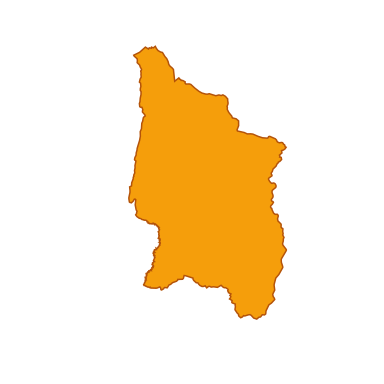 the district of Bo Thong, Chon Buri, Thailand, rotated 46°
{"feature_id": "78962969B86980308454796", "entity_name": "Bo Thong", "entity_type": "district", "adm_level": 2, "iso_a3": "THA", "parent_name": "Thailand", "parent_adm1": "Chon Buri", "projection": "mercator", "projection_center": [101.509, 13.23], "detail": "fine", "context": "isolated", "style": "filled", "palette": "amber", "viewbox_px": 384, "rotation_deg": 46, "n_neighbors": 0, "source": "geoboundaries", "source_scale": "gbopen_adm2", "svg_char_len": 6064}
<svg xmlns="http://www.w3.org/2000/svg" viewBox="0 0 384 384"><g transform="rotate(46 192 192)"><path d="M84.4,158.9L86.5,161.0L88.6,164.1L90.9,166.7L91.8,168.4L94.3,170.3L95.1,170.2L96.3,169.2L98.8,170.3L99.2,171.3L100.1,172.1L103.6,172.3L104.8,172.8L104.6,174.4L104.8,175.5L106.8,178.3L107.7,180.4L111.4,184.4L112.6,187.3L116.0,190.4L118.5,193.9L122.5,201.1L123.7,202.5L125.0,204.8L126.7,206.7L127.5,209.0L128.6,210.7L129.2,211.0L130.7,210.8L130.9,211.0L133.4,214.7L135.1,216.2L136.6,218.4L138.5,219.9L139.4,222.2L140.4,223.0L140.5,223.9L141.7,225.2L143.5,229.0L145.6,231.3L145.0,233.3L147.9,235.6L149.2,236.9L152.1,241.2L153.1,242.2L155.7,244.0L156.4,243.9L157.7,243.1L157.7,240.5L157.1,238.5L157.5,237.9L158.5,237.8L161.8,241.8L166.1,244.6L167.7,244.9L168.1,245.8L169.0,246.9L169.3,248.4L171.4,248.7L174.2,248.2L175.7,247.3L177.1,247.1L178.4,246.1L178.9,246.1L180.0,245.0L181.0,244.5L181.8,244.8L182.2,244.6L182.4,245.0L183.2,244.7L183.5,244.9L183.5,244.6L184.4,244.8L184.6,244.5L185.0,244.7L185.8,244.2L186.1,243.6L187.0,243.1L187.0,242.4L187.6,242.4L187.7,241.4L188.7,241.1L188.7,241.6L189.5,241.7L189.7,240.6L190.4,240.8L190.5,240.5L191.5,240.4L191.5,240.6L191.9,240.7L192.7,240.5L192.6,240.8L192.9,240.9L193.4,240.2L193.7,240.2L193.9,240.6L195.0,240.5L194.9,241.1L195.4,241.6L196.6,241.6L197.1,242.9L197.1,243.9L198.7,244.4L199.7,245.7L200.5,245.7L200.9,246.2L200.8,246.5L201.5,247.3L201.6,247.8L202.1,247.8L202.1,248.4L203.8,247.7L204.0,248.2L203.6,248.0L203.7,248.5L204.1,248.4L204.2,248.9L204.6,248.7L204.8,249.5L205.2,250.0L206.0,249.9L206.2,250.1L206.0,250.4L206.6,250.2L206.9,250.5L206.9,251.6L207.8,251.8L208.0,252.1L207.7,252.8L208.0,253.2L207.9,254.2L208.3,254.5L208.2,255.3L208.4,255.5L208.4,256.5L207.8,256.7L208.1,256.8L208.0,257.1L208.3,257.3L208.0,257.4L208.0,257.7L208.5,257.8L208.5,258.1L207.6,258.9L207.6,259.7L208.4,260.1L208.4,261.1L209.6,260.9L208.9,261.9L209.4,262.1L209.3,262.5L209.6,262.5L210.1,262.9L211.7,262.9L211.6,263.3L211.3,263.2L211.2,263.6L211.7,263.6L212.8,264.3L213.2,264.0L214.6,267.4L216.0,267.4L215.6,268.1L215.7,269.2L216.0,269.5L215.7,269.7L216.1,270.2L216.3,270.9L216.7,270.8L216.9,271.1L217.5,270.8L217.9,271.1L218.2,270.9L218.7,271.3L218.4,272.1L219.3,272.5L218.7,273.2L218.6,273.6L219.8,274.5L219.7,275.1L219.2,275.4L219.2,275.9L220.1,276.0L219.6,276.5L219.2,276.3L219.3,277.4L218.7,277.8L219.1,278.5L219.6,278.8L218.8,279.4L219.3,280.1L218.8,281.4L219.1,281.4L219.3,281.8L219.7,281.6L219.8,282.1L220.4,282.1L220.7,282.6L220.5,283.0L221.4,283.8L221.0,284.6L221.4,284.5L221.5,285.0L221.9,284.6L221.7,285.0L222.4,285.1L222.5,285.6L223.5,286.0L222.9,287.0L224.0,287.6L224.0,288.4L224.4,288.9L224.4,289.5L224.9,290.0L224.9,291.0L225.2,291.3L226.1,291.4L226.6,290.8L227.9,290.6L228.3,290.2L229.3,290.1L230.2,289.3L231.1,289.0L231.4,288.3L231.9,288.6L232.6,288.2L236.3,284.6L236.9,283.7L237.9,281.1L239.1,281.2L240.7,282.2L241.4,281.9L241.9,279.7L241.6,278.5L241.7,278.0L243.7,276.4L242.9,272.9L243.6,271.7L243.7,269.0L245.4,265.2L245.5,263.6L245.0,263.0L248.2,259.4L248.1,258.1L246.6,255.7L247.9,254.7L254.6,251.1L255.6,251.9L256.9,252.2L260.2,252.0L261.4,250.9L262.9,251.2L264.8,251.2L267.0,250.4L268.1,249.1L268.6,247.7L271.2,248.0L271.4,245.9L271.6,245.4L272.4,244.7L273.7,244.3L275.2,242.3L278.3,239.9L279.3,235.9L282.3,235.7L283.2,235.3L284.2,234.3L286.4,233.7L287.3,233.8L287.9,235.0L289.3,235.3L289.7,235.7L292.4,234.8L292.7,236.6L294.0,236.5L294.8,237.9L295.0,239.3L297.9,238.6L299.0,240.0L299.7,240.1L302.7,238.7L303.4,239.6L304.7,240.5L306.2,242.5L306.7,242.9L310.6,243.6L312.3,243.5L313.1,244.2L313.9,244.5L316.3,244.3L316.9,242.5L316.8,240.7L317.8,240.2L319.5,236.8L320.6,235.4L322.0,235.1L325.5,235.2L328.4,233.7L328.6,230.8L329.5,229.5L329.1,226.7L330.8,225.2L330.9,223.7L328.9,221.3L326.6,215.1L327.1,212.0L326.8,207.2L325.7,206.6L323.6,206.2L321.9,205.2L321.4,204.4L320.0,200.6L316.2,197.8L315.4,196.9L312.1,191.5L311.7,186.9L309.4,179.2L308.6,178.5L304.7,176.6L302.6,174.8L302.1,173.8L299.8,165.5L299.3,164.4L298.6,164.1L293.5,163.5L292.6,163.1L292.0,162.6L290.6,160.3L289.2,158.9L288.6,157.4L285.9,156.6L285.4,155.5L283.3,154.1L281.7,152.2L281.2,152.1L280.2,152.5L279.1,152.3L277.5,150.6L276.7,150.2L272.5,150.3L270.7,149.1L269.2,146.6L268.5,146.2L267.3,146.1L265.8,147.7L263.9,148.0L260.3,146.7L259.2,146.0L257.9,146.2L257.3,145.9L256.6,144.7L256.6,142.7L256.0,140.6L255.1,140.4L254.1,140.9L252.8,140.5L252.4,139.8L252.1,137.8L251.6,136.9L250.6,136.0L248.1,134.9L246.8,133.6L246.6,132.5L246.9,128.7L246.5,127.8L245.6,127.0L244.0,126.5L242.8,126.7L241.9,127.3L241.4,128.5L240.8,128.8L238.4,128.8L236.5,128.3L235.7,127.9L235.4,127.0L235.9,123.2L235.3,122.7L234.1,122.5L233.4,121.8L233.0,119.9L231.8,117.8L231.8,113.6L230.9,111.4L230.9,109.8L230.5,109.1L231.0,107.7L230.9,105.0L229.1,103.8L227.8,104.7L227.2,103.8L226.2,103.5L226.4,100.2L224.4,98.8L225.3,97.1L225.5,95.8L225.6,95.0L225.2,93.2L224.1,93.6L222.7,92.7L222.0,92.7L221.2,93.0L220.5,92.7L219.4,92.6L218.3,93.4L217.6,94.7L216.0,95.6L214.7,95.7L213.3,95.1L211.6,95.1L206.0,97.4L205.4,98.4L205.8,99.6L205.6,100.4L202.0,103.6L197.9,105.8L192.6,108.0L190.9,109.4L188.6,111.9L185.5,113.1L179.7,116.9L178.6,116.5L176.7,112.4L173.2,109.1L170.0,109.4L166.7,111.5L165.0,110.7L160.4,110.3L157.1,109.3L155.6,107.7L154.8,107.4L153.8,105.2L153.1,104.3L150.5,102.4L149.9,101.7L146.4,101.5L143.6,102.3L142.9,104.0L140.9,105.2L139.3,108.0L133.3,111.3L132.3,113.0L131.1,114.1L127.7,116.1L124.3,117.1L119.2,117.8L113.8,118.1L112.4,118.9L110.1,121.4L108.8,121.3L108.0,120.4L105.3,121.2L104.2,122.3L103.4,122.0L102.0,122.6L101.6,122.2L100.8,122.2L100.3,127.5L90.9,120.2L88.4,120.1L86.6,120.4L84.2,120.1L81.6,118.6L78.4,117.5L75.8,117.4L71.4,116.4L70.7,116.5L69.7,117.3L66.6,118.2L64.0,117.9L61.7,117.2L61.4,119.8L59.7,120.5L60.3,121.4L58.6,122.6L58.9,124.0L55.4,124.9L55.1,132.7L53.1,138.9L54.0,139.2L58.0,138.9L59.4,139.9L60.9,141.6L64.2,141.5L66.4,142.5L68.6,143.0L69.1,143.6L69.4,144.9L71.0,145.9L71.8,146.9L74.1,148.8L74.7,150.8L76.4,153.5L78.0,153.4L80.6,155.5L81.7,157.3L83.0,158.6L84.4,158.9Z" fill="#f59e0b" stroke="#b45309" stroke-width="1.5"/></g></svg>